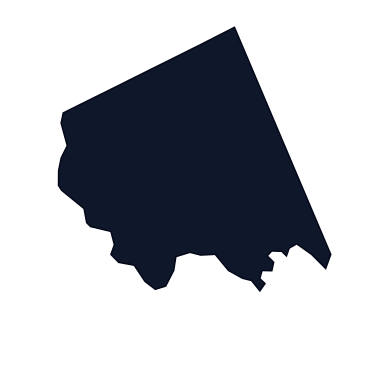 Anson, North Carolina, United States of America, rotated 152°
{"feature_id": "52423323B73600596363110", "entity_name": "Anson", "entity_type": "district", "adm_level": 2, "iso_a3": "USA", "parent_name": "United States of America", "parent_adm1": "North Carolina", "projection": "equal_earth", "projection_center": [-80.065, 35.009], "detail": "fine", "context": "isolated", "style": "filled", "palette": "ink", "viewbox_px": 384, "rotation_deg": 152, "n_neighbors": 0, "source": "geoboundaries", "source_scale": "gbopen_adm2", "svg_char_len": 868}
<svg xmlns="http://www.w3.org/2000/svg" viewBox="0 0 384 384"><g transform="rotate(152 192 192)"><path d="M98.8,71.7L88.8,185.6L87.7,198.1L77.2,317.5L85.0,317.6L95.3,317.8L119.4,318.2L121.5,318.3L155.8,319.2L169.4,319.6L185.1,320.0L185.6,320.0L195.7,320.3L197.8,320.3L212.4,320.7L219.9,320.9L226.8,321.1L233.0,321.3L268.3,322.3L268.5,322.3L275.2,314.3L280.4,291.4L291.5,283.5L299.8,273.4L306.8,260.4L306.3,254.7L295.1,228.0L299.4,214.3L297.8,209.1L282.1,195.3L285.3,181.9L292.9,174.9L289.8,164.3L277.4,154.5L275.5,135.1L270.1,123.3L259.4,121.3L245.0,131.3L236.6,142.5L222.1,139.7L213.9,132.2L200.8,126.1L196.6,105.5L187.9,92.1L181.0,85.9L178.5,72.8L170.5,76.9L172.8,83.7L167.0,89.8L158.5,85.0L152.9,91.6L155.6,100.3L149.3,102.5L140.6,97.5L138.6,91.2L132.6,96.8L123.9,97.1L115.7,80.8L109.9,61.7L98.8,71.7Z" fill="#0f172a" stroke="#020617" stroke-width="1.5"/></g></svg>